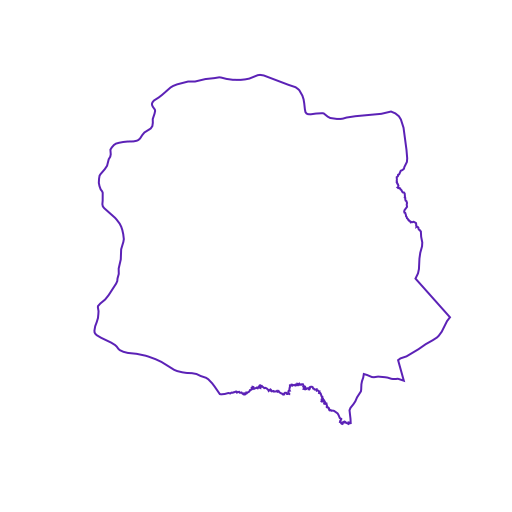 Pakham, Buri Ram, Thailand, rotated 75°
{"feature_id": "78962969B25022287440202", "entity_name": "Pakham", "entity_type": "district", "adm_level": 2, "iso_a3": "THA", "parent_name": "Thailand", "parent_adm1": "Buri Ram", "projection": "orthographic", "projection_center": [102.732, 14.398], "detail": "fine", "context": "isolated", "style": "outline", "palette": "violet", "viewbox_px": 512, "rotation_deg": 75, "n_neighbors": 0, "source": "geoboundaries", "source_scale": "gbopen_adm2", "svg_char_len": 6046}
<svg xmlns="http://www.w3.org/2000/svg" viewBox="0 0 512 512"><g transform="rotate(75 256 256)"><path d="M414.7,145.5L393.4,145.7L392.3,143.0L391.9,136.6L388.1,123.2L385.1,114.9L383.1,107.1L381.6,102.4L380.4,100.2L377.2,96.2L368.3,88.3L365.4,84.5L319.1,107.8L314.7,104.0L310.8,102.0L300.8,98.8L295.4,96.5L289.6,93.1L286.0,91.9L280.2,91.5L274.9,90.4L274.0,91.0L273.3,91.1L272.6,91.9L271.3,92.0L270.8,91.8L269.9,92.2L269.6,92.8L269.0,93.1L269.2,93.5L268.3,93.2L267.6,93.4L266.8,93.0L265.5,93.0L263.7,94.9L263.8,96.6L263.3,97.1L263.5,97.9L262.1,98.3L261.5,99.1L260.9,99.1L260.7,99.5L259.3,99.8L258.6,100.4L257.5,100.3L256.5,100.8L255.6,100.6L253.0,100.7L252.5,101.4L251.2,101.3L250.1,100.6L247.6,97.4L245.3,97.1L243.9,96.4L241.9,96.5L241.3,97.1L240.3,97.2L238.5,96.8L238.0,97.2L237.4,96.8L234.1,96.2L232.9,96.7L232.7,97.6L231.9,98.1L229.9,98.5L229.0,99.3L228.1,99.2L227.5,99.8L227.3,101.0L226.5,101.5L226.4,101.0L224.9,100.2L224.3,100.4L223.4,100.3L222.6,100.9L221.7,100.7L221.1,101.0L220.7,100.6L219.9,100.7L218.9,100.2L216.3,99.7L215.7,98.3L214.3,97.7L214.2,96.6L211.1,94.1L210.9,92.4L210.0,90.5L208.5,89.7L204.2,85.9L200.9,84.7L192.6,83.2L170.3,80.3L161.7,80.7L158.0,81.8L154.3,84.5L151.4,88.2L151.1,98.1L146.7,123.8L145.7,132.7L145.8,136.5L145.5,138.8L144.5,142.5L141.9,148.6L139.9,150.7L135.8,153.7L135.2,155.1L133.9,161.4L133.3,166.5L132.5,169.0L131.5,170.3L129.8,171.0L126.9,170.8L121.0,169.9L117.0,169.5L113.1,169.7L107.0,171.3L105.6,172.2L103.2,174.1L99.1,180.3L83.6,201.8L82.1,205.2L81.8,207.5L82.9,216.6L82.6,220.8L81.9,225.3L79.8,232.8L77.3,238.7L74.6,243.5L73.9,245.2L73.4,250.2L72.0,259.1L71.7,269.6L69.9,276.5L69.8,287.9L70.3,292.1L71.1,294.9L76.2,305.3L77.7,308.9L79.4,314.3L80.5,315.9L81.5,316.8L82.3,317.2L83.6,317.3L85.2,317.0L88.4,315.8L89.8,315.9L92.3,317.2L97.0,320.3L100.7,321.2L103.7,322.5L105.6,324.7L107.8,331.8L109.7,334.5L112.5,337.6L113.5,339.6L113.8,341.3L113.6,344.7L112.2,350.4L111.5,354.8L111.2,358.9L111.2,362.1L112.0,364.5L113.8,367.2L115.6,369.1L120.2,370.0L122.4,371.1L124.4,373.2L130.3,376.5L133.0,379.6L136.7,385.0L137.9,386.3L140.7,387.6L144.7,388.9L148.0,389.1L151.5,388.8L153.7,387.9L155.2,387.7L162.9,389.8L166.2,391.0L168.5,391.1L170.6,390.2L182.6,382.3L184.8,381.2L189.5,379.3L192.9,378.6L196.3,378.4L200.6,378.6L205.5,379.3L208.1,380.5L214.6,384.5L224.3,387.5L232.6,391.9L237.8,393.2L241.9,395.6L244.3,396.5L246.4,398.2L255.7,408.5L259.0,413.0L261.6,418.7L263.5,421.6L264.6,422.0L268.6,422.4L271.3,423.3L275.0,424.7L278.7,427.0L282.2,429.5L286.3,431.4L288.1,431.7L289.4,431.4L291.2,430.4L294.9,426.8L302.2,418.3L305.5,415.2L307.4,414.0L310.2,412.9L311.7,411.9L314.2,408.9L316.4,405.0L319.6,396.6L323.7,388.5L325.2,386.1L329.7,379.7L333.8,374.8L344.8,364.5L346.7,362.0L349.3,357.2L351.0,353.3L352.6,348.2L354.6,344.0L357.6,340.5L360.7,335.8L362.7,334.0L367.6,331.3L371.3,329.8L380.0,326.7L380.6,325.5L381.2,321.8L381.2,318.1L382.1,316.4L381.6,315.1L382.1,313.8L381.8,313.1L382.0,312.5L381.7,310.8L381.9,309.9L382.1,309.7L382.6,310.1L383.0,309.9L382.8,307.5L384.0,306.9L384.1,305.3L385.1,304.9L386.4,303.9L386.2,303.3L385.5,303.6L385.6,303.0L386.9,302.5L386.7,302.0L385.9,301.7L386.0,301.2L385.5,300.8L386.2,300.4L385.6,299.4L385.5,298.3L384.7,297.0L384.0,296.6L384.1,295.9L383.6,294.2L382.8,294.5L382.1,294.3L382.0,293.9L382.8,293.0L381.6,292.9L381.9,292.4L383.8,292.2L383.5,290.4L383.6,289.9L383.3,289.2L384.2,288.8L384.3,288.6L383.4,287.6L384.6,286.0L383.4,285.7L383.0,286.3L382.4,286.4L382.0,286.0L381.9,285.5L382.6,285.0L382.8,284.4L383.6,284.6L383.3,284.0L383.4,283.8L384.1,283.5L384.9,282.7L385.8,282.2L385.8,281.0L386.8,279.9L388.4,278.9L389.4,278.7L388.9,278.1L388.9,277.4L388.6,276.6L389.1,276.3L389.6,277.0L389.8,277.0L390.0,276.6L389.7,276.5L389.7,276.1L390.8,275.8L390.9,274.1L391.7,273.7L391.6,273.1L392.1,271.5L391.7,270.6L392.7,270.2L392.3,269.1L393.7,268.7L395.3,267.1L395.5,266.6L396.8,265.8L397.0,265.3L397.0,264.6L396.1,264.4L395.6,263.3L396.0,262.2L397.3,261.8L397.5,261.0L397.2,260.4L397.8,259.6L397.5,259.5L396.6,260.2L395.0,259.7L394.7,259.3L394.8,258.3L394.1,258.5L392.1,257.7L391.5,257.2L389.7,256.7L390.0,255.6L389.4,255.1L389.5,254.8L390.4,254.9L390.7,254.7L390.6,254.4L390.1,253.7L390.7,252.6L390.5,251.6L391.3,251.4L391.3,251.0L390.9,250.6L391.3,250.4L391.3,249.9L390.1,249.2L390.7,248.5L391.3,248.8L391.6,248.7L391.2,247.9L390.6,247.7L390.5,247.4L391.5,247.3L391.3,246.7L392.0,246.1L392.1,245.8L391.7,245.3L392.0,243.9L393.8,243.6L394.2,244.2L394.5,244.2L394.9,243.8L394.7,242.6L394.9,242.4L395.8,242.7L395.9,243.4L396.7,244.4L397.5,243.1L397.2,242.6L397.5,242.4L397.5,242.1L396.8,241.8L397.1,240.5L397.6,239.5L398.4,239.7L398.7,239.1L398.1,238.4L397.7,238.4L397.4,238.9L397.1,238.8L396.6,238.0L396.8,237.3L396.5,236.8L396.8,235.8L397.4,235.2L398.8,235.1L399.2,234.4L400.0,234.1L400.4,233.6L400.4,231.9L401.7,232.1L401.6,231.6L401.9,231.0L403.0,230.4L403.2,229.8L404.7,230.6L404.9,230.3L404.6,229.8L404.7,229.5L405.7,229.1L408.4,229.0L409.0,228.4L409.6,228.8L410.9,228.2L411.3,228.5L411.2,229.3L411.4,229.7L411.9,229.8L412.4,229.7L413.3,230.4L413.7,230.0L413.7,229.0L412.7,228.6L412.3,228.2L412.5,227.8L415.4,227.0L415.7,227.2L415.6,228.1L416.2,228.4L416.7,227.7L416.3,227.0L416.7,226.1L417.6,226.3L418.6,226.1L420.2,226.8L420.5,226.6L420.6,225.8L421.2,225.7L421.7,225.0L422.2,224.9L422.7,225.2L424.0,225.0L424.3,224.6L424.1,223.7L425.0,223.2L425.2,221.8L425.9,220.6L429.2,217.9L431.2,217.4L434.2,217.0L435.4,215.8L436.1,216.1L437.0,217.3L438.1,217.9L438.6,217.2L439.7,217.0L440.6,216.2L440.5,215.8L439.6,215.8L439.1,215.5L439.5,214.8L438.9,214.1L438.8,213.3L439.1,213.0L439.6,213.3L439.9,213.2L440.1,212.2L440.7,211.9L441.4,210.8L442.2,210.2L441.9,209.4L441.3,209.9L440.8,209.7L441.9,208.5L441.9,208.2L441.3,208.0L441.5,207.7L437.9,206.9L429.2,205.6L427.1,204.0L424.4,200.3L422.1,197.7L418.7,195.0L413.9,189.7L412.3,189.0L407.2,187.4L404.3,186.0L401.2,183.9L397.9,182.4L399.7,179.5L402.9,175.4L403.6,173.5L404.1,169.2L406.5,162.7L407.5,160.4L409.6,157.1L410.3,155.5L411.1,152.5L411.1,151.4L411.6,150.2L414.7,145.5Z" fill="none" stroke="#5b21b6" stroke-width="2"/></g></svg>